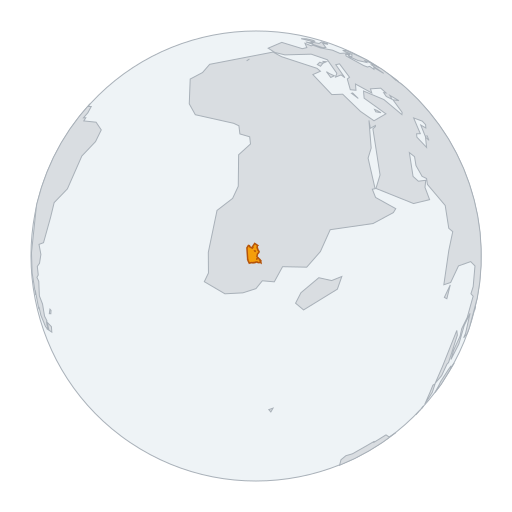 globe centered on Central, rotated 34°
{"feature_id": "BWA-2630", "entity_name": "Central", "entity_type": "District", "adm_level": 1, "iso_a3": "BWA", "parent_name": "Botswana", "parent_adm1": "", "projection": "orthographic", "projection_center": [27.183, -21.474], "detail": "fine", "context": "on_globe", "style": "filled", "palette": "amber", "viewbox_px": 512, "rotation_deg": 34, "n_neighbors": 0, "source": "natural_earth", "source_scale": "10m", "svg_char_len": 6717}
<svg xmlns="http://www.w3.org/2000/svg" viewBox="0 0 512 512"><g transform="rotate(34 256 256)"><circle cx="256" cy="256" r="225" fill="#eef3f6" stroke="#a8b0b8"/><path d="M33.2,222.7L33.0,226.1L35.8,224.2L36.5,231.3L35.7,237.9L37.6,236.6L37.7,240.3L48.6,234.5L57.2,238.0L59.0,250.9L55.7,270.5L62.1,305.8L58.8,324.6L64.2,339.2L72.4,363.8L69.6,367.7L76.8,375.0L80.6,383.1L80.5,386.9L86.1,393.5L86.3,396.2L90.1,398.5L98.7,410.2L105.9,415.2L114.3,424.1L119.0,426.7L119.1,427.7L121.4,430.2L124.4,432.2L121.2,432.4L110.9,425.5L105.2,420.2L105.2,421.0L92.1,407.8L95.1,411.6L79.6,394.9L68.0,378.8L45.7,336.8L44.9,334.7L39.8,319.3L35.8,303.5L32.9,287.5L31.2,271.3L30.7,255.1L31.4,238.8L33.2,222.7ZM129.3,433.3L122.8,433.3L125.2,432.7L120.0,427.7L125.9,429.0L129.3,433.3ZM116.9,419.4L114.9,415.3L116.5,415.7L118.2,418.6L116.9,419.4ZM273.8,31.4L276.7,31.7L273.8,31.6L265.3,31.0L272.9,32.0L272.4,31.6L276.8,32.1L279.1,32.0L282.4,32.3L280.2,32.0L284.4,32.5L285.3,32.6L286.9,32.8L303.2,35.7L319.2,39.8L334.9,45.0L350.2,51.3L364.9,58.8L379.1,67.3L392.6,76.9L405.4,87.4L417.4,98.8L428.5,111.0L438.6,124.1L447.8,137.8L456.0,152.2L463.0,167.2L463.9,169.9L473.1,196.4L474.5,202.4L473.9,207.7L473.0,202.9L465.5,183.8L467.5,197.2L473.4,215.7L475.5,232.8L472.5,223.5L470.0,208.3L467.2,201.2L465.5,188.9L458.5,167.9L455.3,167.1L453.2,160.0L443.1,141.8L437.1,140.6L429.4,151.0L432.2,169.1L427.8,174.8L412.7,143.5L405.5,125.8L400.3,125.2L384.6,108.3L358.1,100.8L354.1,96.4L349.2,97.1L338.1,91.6L331.9,85.0L325.3,84.5L341.7,102.2L348.8,103.2L354.4,98.3L357.7,104.6L368.4,112.2L357.3,124.4L317.7,132.9L313.5,119.4L281.8,85.2L282.6,82.0L282.4,81.6L282.0,81.0L279.4,86.2L273.8,80.4L291.1,102.1L294.2,112.2L317.1,133.6L315.1,135.6L322.4,140.6L345.4,138.6L345.6,143.2L334.9,163.6L302.8,192.7L306.9,216.3L304.3,236.9L284.0,250.0L285.6,267.2L275.1,273.0L274.2,283.1L265.7,293.9L251.4,304.7L227.5,306.2L226.1,296.7L214.4,279.6L198.2,240.0L204.4,221.3L202.3,208.1L185.0,181.8L188.8,166.2L184.1,160.7L174.4,163.8L169.0,157.6L163.2,158.5L126.7,172.8L115.6,167.2L102.5,146.1L109.1,133.8L110.4,123.0L156.1,77.4L165.7,76.5L201.6,66.3L206.1,66.8L201.7,73.8L228.6,79.8L237.4,73.4L261.8,77.7L278.2,77.9L284.2,65.5L257.4,64.7L252.9,59.1L274.5,54.8L297.9,57.2L296.8,55.2L282.2,49.9L287.6,47.3L277.1,48.0L281.3,50.0L274.8,50.9L270.5,49.2L272.6,48.1L265.6,47.1L257.4,53.4L260.8,56.1L242.3,57.8L246.2,62.7L241.2,65.4L232.7,58.2L233.6,55.5L217.8,50.0L215.2,52.8L230.0,58.5L225.3,58.3L221.9,63.2L220.8,59.3L205.4,53.4L188.9,57.8L167.5,73.1L157.8,76.7L149.9,76.9L157.9,64.5L178.5,58.2L181.6,54.8L177.7,52.3L184.3,50.9L185.2,49.4L193.0,47.5L204.3,42.6L212.3,41.1L216.9,37.5L221.6,36.5L217.5,38.7L219.0,39.8L238.8,37.9L242.7,37.0L244.2,35.2L249.4,35.3L248.3,33.8L259.8,33.2L244.7,33.0L246.0,31.9L253.0,31.1L250.8,31.0L239.3,32.4L237.1,33.1L239.6,33.6L231.4,36.9L224.5,38.1L222.9,35.3L212.9,37.1L216.0,35.1L238.2,31.4L256.0,30.7L273.8,31.4ZM140.4,96.3L139.1,99.5L140.4,96.3ZM322.9,67.5L336.7,70.6L330.0,62.6L334.7,63.4L330.7,60.7L329.4,62.1L319.4,55.3L325.2,54.9L323.2,52.3L318.5,51.2L309.5,53.4L323.8,62.7L320.8,64.9L322.9,67.5ZM182.6,45.3L185.1,45.0L182.0,46.9L171.9,50.6L176.3,47.8L182.6,45.3ZM189.5,44.5L190.7,41.7L197.0,39.9L193.3,41.3L197.4,40.3L192.4,42.4L197.3,44.1L194.8,46.0L177.5,50.7L184.5,47.8L181.6,48.0L189.5,44.5ZM211.3,63.8L214.8,63.7L220.2,62.8L218.1,66.2L211.3,63.8ZM200.5,59.7L203.7,58.9L203.4,62.6L199.8,63.0L200.5,59.7ZM205.7,55.6L203.9,58.5L202.7,57.2L205.7,55.6ZM220.5,38.1L223.9,37.5L224.2,37.9L222.2,38.8L220.5,38.1ZM279.5,67.3L274.7,69.5L272.3,68.2L274.4,67.7L279.5,67.3ZM244.9,66.8L252.7,68.2L244.2,67.7L244.9,66.8ZM355.2,372.6L355.5,377.0L352.5,376.2L355.2,372.6ZM342.0,238.0L325.6,274.1L315.2,273.0L313.8,261.3L320.2,238.9L332.4,234.1L338.6,225.0L342.0,238.0ZM478.0,293.3L477.4,297.4L477.3,298.3L478.0,293.3ZM478.8,286.7L478.6,290.5L478.5,288.3L478.8,286.7ZM478.2,292.9L478.4,292.0L478.3,292.6L478.2,292.9ZM478.8,284.4L476.5,271.7L474.9,264.2L475.9,261.7L478.4,270.4L478.8,284.4ZM475.7,261.2L472.5,243.8L464.1,205.4L467.2,209.1L475.2,236.6L474.8,239.0L476.8,251.4L475.7,261.2ZM481.3,258.7L481.2,260.5L480.7,269.2L480.0,261.4L479.3,256.8L479.0,242.7L479.2,237.9L479.9,240.6L480.2,233.9L481.3,258.7ZM433.2,171.3L438.1,184.7L435.3,185.0L433.2,171.3ZM467.6,178.8L467.3,177.9L466.2,174.9L466.2,175.0L467.6,178.8ZM442.3,382.7L440.4,377.4L442.2,371.3L446.6,366.0L457.8,343.3L457.7,345.1L463.8,331.6L467.7,331.6L470.7,324.3L465.2,339.6L458.6,354.5L451.0,368.9L442.3,382.7Z" fill="#d9dde1" stroke="#a8b0b8" stroke-width="1"/><path d="M251.5,246.3L251.4,246.5L251.4,246.8L251.5,246.9L251.6,247.1L252.1,248.3L252.3,248.5L252.5,248.5L252.8,248.6L252.8,248.8L253.0,248.9L253.0,249.0L253.3,249.2L253.5,249.3L253.7,249.5L253.8,249.6L254.1,249.7L254.1,249.8L254.3,249.9L254.3,250.0L254.5,250.0L255.0,250.2L255.3,250.2L255.5,250.3L255.7,250.5L255.8,250.5L256.0,250.5L256.3,251.1L256.4,251.6L256.3,252.2L256.3,252.4L256.2,252.6L256.2,253.0L256.1,253.3L256.1,253.5L256.2,253.9L256.3,254.1L256.5,254.4L256.6,254.8L256.7,255.1L256.8,255.5L256.9,255.8L257.1,256.0L257.4,256.1L257.7,256.1L258.0,256.2L258.5,256.2L258.7,256.3L259.0,256.3L259.3,256.4L259.6,256.5L260.0,256.5L260.3,256.6L260.6,256.7L260.7,256.8L260.7,256.7L260.8,256.7L261.0,256.7L261.3,256.7L261.4,256.8L261.6,256.9L262.1,257.1L262.5,257.2L262.6,257.3L262.8,257.3L262.8,257.5L262.7,257.6L262.7,257.9L262.7,258.0L262.8,258.2L262.9,258.3L263.0,258.4L263.5,258.4L263.5,258.5L263.9,258.9L263.7,258.9L263.4,258.8L263.2,259.0L262.8,259.0L262.7,259.1L262.5,259.3L262.5,259.6L262.4,259.7L262.3,259.8L262.1,259.9L262.0,260.0L261.9,260.0L261.6,260.1L261.4,260.3L261.2,260.3L260.9,260.4L260.6,260.3L260.3,260.3L260.2,260.4L260.1,260.5L259.9,260.7L259.7,260.7L259.6,260.9L259.5,261.0L259.4,261.2L259.3,261.3L259.2,261.3L259.2,261.5L259.0,261.8L258.9,261.8L258.7,261.9L258.7,262.0L258.8,262.1L258.7,262.2L258.6,262.3L258.4,262.4L258.3,262.5L258.2,262.5L258.1,262.8L257.9,262.8L257.7,262.9L257.5,263.0L257.4,263.0L257.4,263.3L257.2,263.5L256.9,263.6L256.7,263.6L256.4,263.8L256.2,263.9L256.0,264.0L255.9,264.0L255.7,264.2L255.7,264.3L255.6,264.5L255.4,264.6L255.2,264.8L255.1,265.0L254.9,265.0L254.8,265.3L254.7,265.4L254.5,265.5L254.4,265.7L251.8,264.2L251.3,263.6L251.2,263.4L250.8,263.3L250.8,263.2L249.7,261.8L243.9,254.3L243.8,251.6L244.0,251.6L244.3,251.5L244.2,251.4L244.3,251.3L244.5,251.3L244.5,251.2L244.8,251.1L245.0,251.3L245.3,251.5L245.5,251.6L245.6,251.8L245.8,251.9L246.0,251.8L248.5,251.6L248.6,250.6L247.9,250.3L247.9,250.2L247.9,246.3L251.5,246.3L251.5,246.3ZM252.4,252.4L252.2,252.4L252.1,252.5L252.4,252.6L252.6,252.6L252.6,252.4L252.4,252.4L252.4,252.4ZM258.4,258.1L258.5,258.0L258.5,257.9L258.4,257.8L258.3,258.0L258.4,258.1Z" fill="#f59e0b" stroke="#b45309" stroke-width="1.5"/></g></svg>